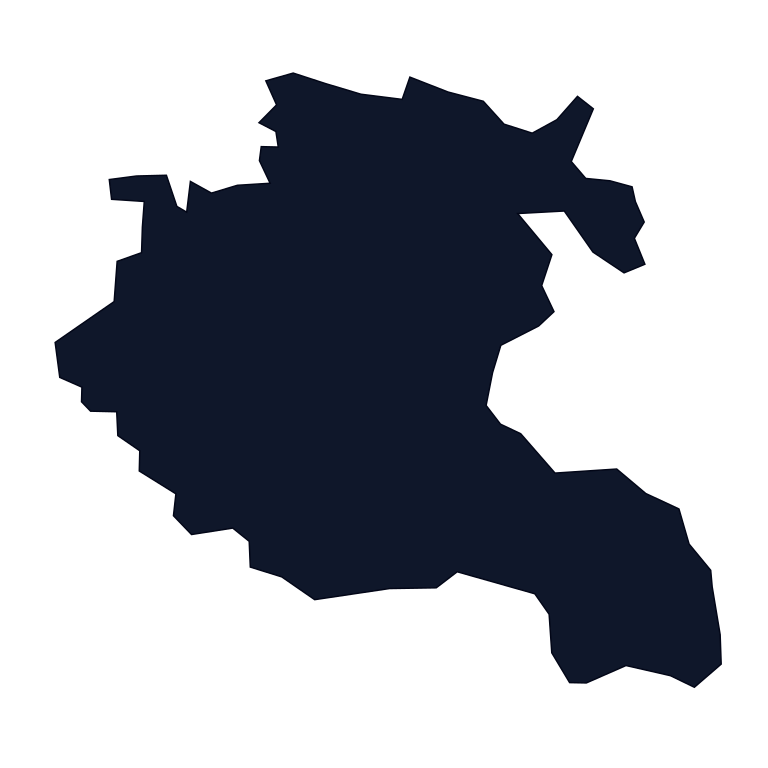 the district of Parkent, Tashkent, Uzbekistan, rotated 88°
{"feature_id": "79887680B47591797278473", "entity_name": "Parkent", "entity_type": "district", "adm_level": 2, "iso_a3": "UZB", "parent_name": "Uzbekistan", "parent_adm1": "Tashkent", "projection": "orthographic", "projection_center": [69.727, 41.255], "detail": "fine", "context": "isolated", "style": "filled", "palette": "ink", "viewbox_px": 768, "rotation_deg": 88, "n_neighbors": 0, "source": "geoboundaries", "source_scale": "gbopen_adm2", "svg_char_len": 1273}
<svg xmlns="http://www.w3.org/2000/svg" viewBox="0 0 768 768"><g transform="rotate(88 384 384)"><path d="M588.6,385.6L589.5,338.9L574.2,317.4L598.9,240.6L619.9,227.0L658.5,225.7L688.9,208.9L689.8,192.2L673.8,152.0L685.5,107.9L697.9,84.4L675.7,56.8L646.3,56.8L598.1,63.1L581.6,64.0L554.6,84.7L519.2,93.6L502.6,126.2L477.1,154.4L479.0,216.2L438.5,249.1L428.2,269.0L409.0,282.7L376.4,275.1L349.4,265.9L331.4,227.4L317.6,211.6L291.2,223.0L260.6,211.7L218.3,244.5L217.4,197.8L259.4,170.6L281.3,140.2L273.4,119.1L247.1,128.7L231.2,118.3L210.5,126.4L195.6,129.2L188.8,151.1L185.6,175.2L168.2,189.1L116.3,165.2L103.3,180.6L125.9,202.0L138.5,227.1L128.5,255.0L104.9,274.9L94.4,309.9L78.2,347.4L100.2,355.9L93.6,396.9L81.8,431.8L70.1,463.9L76.9,491.5L101.3,481.6L118.5,499.8L127.9,483.2L143.5,481.4L142.5,498.4L156.4,500.7L179.4,490.8L180.3,523.6L187.2,549.8L174.8,570.4L205.4,575.2L199.3,584.8L167.8,594.2L167.5,624.1L170.1,651.4L189.9,649.8L193.2,617.2L218.7,620.0L244.3,621.7L252.1,646.4L292.2,650.8L331.0,711.2L366.1,707.8L376.6,686.0L391.2,686.9L400.9,678.2L402.4,652.1L426.3,651.8L442.2,630.4L462.4,631.6L486.5,595.8L508.3,599.0L527.7,581.6L522.7,540.2L536.5,524.2L562.3,524.0L573.2,492.9L597.1,460.8L588.6,385.6Z" fill="#0f172a" stroke="#020617" stroke-width="1.5"/></g></svg>